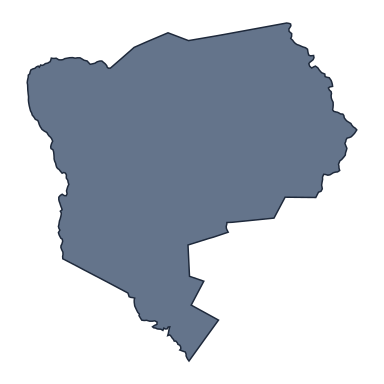 outline of Macaúbas, Bahia, Brazil
{"feature_id": "56859067B64074921984300", "entity_name": "Macaúbas", "entity_type": "district", "adm_level": 2, "iso_a3": "BRA", "parent_name": "Brazil", "parent_adm1": "Bahia", "projection": "mercator", "projection_center": [-42.712, -13.173], "detail": "fine", "context": "isolated", "style": "filled", "palette": "slate", "viewbox_px": 384, "rotation_deg": 0, "n_neighbors": 0, "source": "geoboundaries", "source_scale": "gbopen_adm2", "svg_char_len": 4026}
<svg xmlns="http://www.w3.org/2000/svg" viewBox="0 0 384 384"><path d="M62.8,258.8L78.4,266.9L83.6,269.7L104.7,280.7L125.8,291.9L127.9,293.0L128.6,295.0L129.1,296.7L130.8,297.4L132.7,297.6L134.7,298.1L134.2,299.9L134.2,302.1L134.7,305.9L135.6,307.9L136.6,310.0L137.8,312.4L139.4,314.1L139.0,315.7L140.0,317.3L140.8,318.7L141.8,320.2L144.2,320.5L146.6,320.3L149.7,321.2L152.4,321.2L154.7,320.8L157.1,322.1L156.9,324.4L154.5,325.4L152.5,326.8L153.7,327.8L155.7,328.1L157.2,328.9L159.0,329.1L160.8,329.2L162.9,330.4L163.9,328.1L165.2,329.0L167.1,328.9L168.2,327.0L169.8,326.8L169.2,328.9L168.7,331.2L168.3,333.5L167.7,335.6L169.7,334.9L171.1,336.3L172.3,338.2L173.5,339.5L174.2,341.1L175.8,341.1L177.3,342.7L177.9,344.3L179.9,345.3L180.7,347.0L180.8,348.8L179.8,350.0L182.4,351.0L185.3,352.0L186.1,354.2L186.1,355.9L186.7,357.4L187.6,359.1L189.0,361.0L205.6,337.9L218.5,320.1L191.2,305.1L203.8,281.2L189.5,276.3L188.0,245.0L209.0,238.4L213.6,237.1L228.2,232.2L227.1,230.1L226.4,228.5L226.2,226.5L226.8,224.1L226.9,222.5L232.0,222.3L248.2,220.7L274.0,218.1L277.5,211.5L285.1,197.2L315.8,197.5L318.5,192.2L321.0,191.3L322.3,188.9L322.0,187.0L321.6,185.2L322.1,182.0L322.6,179.5L322.5,177.1L323.7,174.3L325.6,174.5L327.8,175.2L330.0,174.8L333.4,172.7L335.6,172.1L337.6,171.9L339.7,170.5L339.0,168.1L338.9,166.1L338.5,164.2L339.3,162.3L339.9,160.8L341.6,159.6L343.8,157.1L345.3,155.1L345.5,153.0L346.4,150.3L346.9,148.3L345.9,146.0L344.9,143.3L345.7,141.7L346.1,139.7L347.1,138.1L349.5,137.5L351.3,136.7L353.1,134.9L354.5,133.4L355.7,131.6L356.8,129.9L355.3,128.2L353.3,126.9L351.9,125.3L350.9,123.5L348.9,122.3L347.0,121.1L345.9,120.0L344.3,117.9L343.8,115.4L342.8,114.1L340.5,113.9L339.0,113.0L337.6,112.3L335.7,111.9L333.7,111.3L332.6,109.8L333.0,107.5L333.2,105.1L333.1,102.2L331.9,99.8L331.3,98.0L331.1,95.6L331.5,93.5L331.1,91.6L329.4,90.1L328.4,88.0L329.6,87.0L332.6,86.4L332.4,84.6L331.8,82.2L331.1,80.4L329.2,77.7L326.7,77.2L325.1,76.6L324.8,74.0L321.6,72.7L319.4,70.2L317.8,67.8L315.4,66.1L313.6,66.9L311.7,68.0L309.7,66.3L308.8,63.7L309.8,62.3L311.4,61.1L313.1,59.7L314.0,57.7L313.6,55.5L311.8,55.7L310.3,55.8L308.7,55.0L308.0,52.4L307.5,49.2L305.5,47.7L303.8,47.2L302.3,46.7L299.2,45.3L296.9,44.5L295.2,43.3L293.9,42.0L292.6,40.2L290.7,38.4L291.6,36.6L291.7,33.6L289.1,31.4L288.9,29.0L290.1,27.2L290.9,25.8L290.6,24.0L289.1,23.4L286.7,23.0L224.5,34.4L216.1,35.9L188.5,40.6L168.0,32.8L146.3,42.0L134.1,47.4L122.5,57.6L110.4,68.1L108.4,68.2L107.2,67.2L106.7,65.6L105.1,63.7L103.4,62.3L101.9,61.0L99.9,61.0L97.1,61.8L95.0,63.2L93.0,63.7L90.2,64.3L88.3,62.3L87.2,61.0L85.6,60.6L84.0,60.2L81.8,58.8L80.0,57.8L77.4,57.8L75.1,58.2L72.8,57.6L69.8,57.7L64.8,58.6L63.0,59.6L61.1,59.9L58.8,59.8L56.2,58.2L54.6,58.4L52.9,58.4L51.3,58.1L50.9,59.7L50.2,61.6L47.7,63.1L45.3,63.6L43.8,64.8L42.2,65.4L40.6,65.0L39.3,67.2L38.2,66.1L36.4,66.9L34.9,68.3L32.8,68.9L30.9,69.9L30.2,71.7L29.7,73.9L28.3,75.1L28.2,77.3L27.7,79.4L27.4,81.0L27.2,82.8L27.6,84.8L27.7,87.2L27.8,90.0L28.0,92.0L28.2,94.1L28.5,96.4L28.5,98.1L28.4,99.9L28.6,102.2L29.2,105.6L29.8,108.1L30.5,110.8L31.7,113.1L32.2,115.0L33.2,116.2L34.2,117.5L35.3,119.3L37.8,120.5L38.6,122.4L39.3,124.7L40.2,126.6L42.0,129.4L44.3,131.1L46.8,132.5L48.0,134.5L49.0,135.9L50.3,137.0L51.6,138.7L52.7,141.2L51.7,143.2L51.0,145.3L50.7,146.9L51.0,148.6L52.9,149.7L53.6,151.8L53.9,154.3L54.1,157.1L54.1,158.9L54.6,161.0L55.6,163.2L56.1,165.5L56.6,167.1L57.6,168.5L59.1,169.5L60.3,171.1L62.1,173.2L63.8,172.5L65.4,173.1L66.4,174.9L66.3,176.5L66.3,178.1L67.8,180.3L68.1,182.3L68.8,184.4L67.7,186.7L67.0,189.0L66.5,190.9L67.1,193.8L66.2,195.7L64.2,195.6L62.2,194.2L60.3,195.4L58.8,197.2L58.8,199.7L59.2,201.4L59.9,203.2L60.5,205.2L61.0,206.6L61.7,208.3L62.1,209.8L60.3,211.2L61.3,212.9L61.2,214.7L60.7,216.9L60.1,219.2L59.5,220.7L59.2,222.5L58.9,224.6L58.4,226.4L58.9,228.3L59.9,230.1L58.4,232.6L59.2,235.1L60.1,236.8L60.9,238.3L62.2,239.1L62.7,241.2L61.9,244.0L61.0,245.7L60.9,247.5L61.7,249.7L62.9,252.1L63.0,254.6L62.6,256.5L62.8,258.8Z" fill="#64748b" stroke="#1e293b" stroke-width="1.5"/></svg>